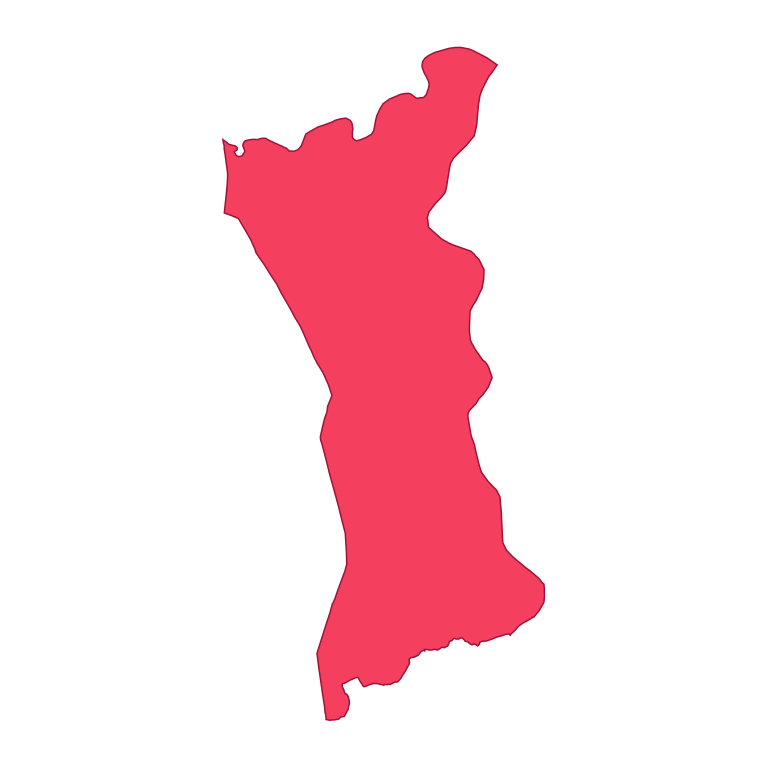 the district of Ziguinchor, Ziguinchor, Senegal, rotated 89°
{"feature_id": "50182788B19119296887329", "entity_name": "Ziguinchor", "entity_type": "district", "adm_level": 2, "iso_a3": "SEN", "parent_name": "Senegal", "parent_adm1": "Ziguinchor", "projection": "albers", "projection_center": [-16.18, 12.511], "detail": "fine", "context": "isolated", "style": "filled", "palette": "rose", "viewbox_px": 768, "rotation_deg": 89, "n_neighbors": 0, "source": "geoboundaries", "source_scale": "gbopen_adm2", "svg_char_len": 5748}
<svg xmlns="http://www.w3.org/2000/svg" viewBox="0 0 768 768"><g transform="rotate(89 384 384)"><path d="M66.9,265.3L64.4,268.8L59.8,275.2L56.7,280.8L52.8,288.1L50.5,293.2L48.8,301.6L48.8,306.8L49.5,313.0L53.4,327.5L56.1,333.2L58.9,337.3L62.0,339.6L65.6,340.4L68.2,340.3L73.3,338.5L77.9,336.1L82.0,334.3L85.4,333.6L89.3,334.4L92.0,335.5L95.3,336.6L98.3,339.5L98.4,342.8L98.9,345.0L98.7,346.9L94.6,352.0L93.8,354.5L94.0,358.6L94.8,362.6L96.7,367.2L99.2,373.6L103.7,380.0L108.5,383.0L109.5,383.6L115.9,386.6L120.5,387.8L125.1,388.7L130.7,389.9L134.0,392.1L137.0,397.2L139.4,403.4L140.4,407.5L139.0,409.5L137.5,411.0L135.6,411.3L133.6,411.2L131.7,411.2L128.4,410.7L123.7,411.2L121.5,412.1L119.5,413.6L117.5,417.5L118.2,423.1L119.4,427.8L121.5,432.1L123.5,438.0L125.9,445.6L127.9,449.2L129.8,452.9L131.3,455.4L132.7,457.8L134.9,458.7L135.4,458.9L144.4,462.5L148.3,466.0L149.6,469.7L149.6,470.9L149.4,474.8L148.4,475.7L146.6,477.5L146.4,478.1L146.0,478.7L145.5,479.9L145.1,480.7L144.8,481.3L144.3,482.2L143.7,483.5L143.2,484.8L142.8,485.5L142.5,485.9L141.7,487.8L141.2,489.1L140.7,490.1L139.8,491.5L139.1,493.4L138.3,494.6L137.5,496.3L136.5,497.6L136.2,498.2L136.3,502.7L136.8,504.2L137.4,506.0L137.1,510.1L137.4,514.0L138.4,518.5L140.4,520.3L143.0,521.0L145.0,520.4L148.2,519.2L149.9,519.5L152.2,521.2L153.5,522.0L154.1,525.0L153.6,526.3L153.1,527.6L152.4,528.0L149.4,529.7L148.3,528.5L147.7,527.1L146.8,526.6L145.2,526.7L144.3,527.3L143.4,528.4L142.7,531.2L142.6,531.5L142.1,533.3L141.4,535.4L140.6,536.1L139.5,537.2L136.9,540.8L140.6,540.3L142.9,539.6L146.0,539.7L151.5,538.9L160.4,537.9L165.4,537.2L171.6,536.7L174.3,536.8L180.8,537.2L191.8,538.4L205.2,540.1L210.2,540.7L212.2,535.4L216.0,526.6L220.8,524.0L228.1,519.8L237.9,514.5L247.4,510.5L250.0,509.9L256.2,506.0L262.9,501.4L272.2,495.9L282.2,489.5L291.1,485.3L301.1,479.7L308.5,475.7L316.3,471.7L324.6,466.8L331.6,463.7L344.7,458.4L349.9,455.9L355.8,453.6L361.2,450.9L361.7,450.7L362.0,450.6L365.0,448.7L372.0,444.6L384.1,439.5L394.4,436.3L396.7,437.1L405.2,440.7L411.1,441.6L417.8,444.1L426.2,446.3L435.9,448.6L439.1,448.3L441.7,447.4L449.7,445.4L460.8,442.7L473.5,439.9L481.7,437.7L495.0,434.3L506.0,431.5L516.7,429.1L532.8,425.3L540.9,425.0L552.0,424.5L563.8,424.4L566.2,425.2L570.4,426.3L575.8,428.5L588.9,433.6L597.1,436.6L602.2,438.8L602.5,439.3L606.4,440.5L611.4,441.9L622.2,445.7L652.1,455.7L654.2,455.5L666.0,454.2L691.4,451.0L705.3,449.1L711.7,448.6L714.0,448.0L717.4,447.8L718.5,447.8L718.7,447.0L718.7,446.2L718.9,445.5L719.1,445.0L719.2,443.7L719.1,442.6L718.9,441.1L719.0,439.4L718.8,438.4L718.6,437.1L718.2,435.1L717.2,434.1L716.3,433.4L715.9,430.9L715.6,429.4L713.4,428.2L709.9,426.4L708.6,425.5L707.7,425.4L706.5,425.2L704.7,424.6L702.9,424.3L700.3,424.2L698.3,424.6L697.4,425.0L696.1,425.0L695.2,425.7L693.6,426.6L692.6,428.5L690.8,429.1L689.3,429.5L685.6,431.1L683.8,431.0L683.5,431.0L683.0,430.7L682.7,429.7L682.4,428.4L681.5,426.7L680.9,425.5L680.1,424.2L679.1,422.2L678.4,420.2L677.7,418.7L677.3,417.6L676.9,415.9L677.4,414.7L679.3,413.9L680.8,413.2L682.4,412.1L683.2,411.6L683.7,411.3L684.2,411.0L685.0,410.7L685.4,410.3L686.2,409.6L686.2,408.3L685.6,406.6L684.9,405.3L684.5,404.0L683.9,402.1L683.4,399.9L683.3,398.5L683.4,397.5L683.4,395.5L684.1,393.6L684.7,390.6L685.2,389.6L684.4,388.3L684.7,386.4L684.2,384.3L684.5,383.3L684.2,382.4L683.3,380.5L682.5,378.9L682.1,377.3L682.2,376.2L682.0,375.5L678.8,372.4L675.6,370.6L671.8,367.8L670.8,367.3L669.7,366.7L667.7,365.6L664.5,363.8L662.5,363.3L660.2,363.9L658.9,363.1L658.0,361.6L657.8,360.6L657.7,359.0L657.3,357.5L656.7,356.5L655.6,354.4L654.2,353.3L654.0,353.1L652.3,351.6L651.1,349.5L651.6,347.9L650.1,348.1L650.2,345.9L650.8,343.1L650.8,340.5L650.2,338.6L650.2,337.1L650.3,336.6L650.6,336.4L650.7,336.0L650.9,335.0L650.6,334.3L650.2,334.0L649.3,332.3L648.2,330.6L648.7,328.3L648.0,327.0L647.4,325.4L647.2,325.1L647.1,324.8L642.5,323.0L641.8,320.6L640.1,319.3L639.7,318.4L639.7,317.4L640.3,316.2L640.3,315.6L640.3,314.0L639.5,312.3L639.1,310.5L640.6,308.8L642.6,307.3L643.3,304.6L644.8,303.3L646.2,300.9L646.3,300.7L646.3,300.4L645.7,299.4L645.7,298.8L645.6,298.4L646.0,297.0L647.5,295.0L646.7,293.9L645.6,292.9L645.1,293.2L644.2,292.9L642.9,290.6L642.9,288.7L642.7,285.7L642.2,284.4L641.8,283.3L641.2,281.3L640.2,278.7L639.4,276.7L638.8,275.0L638.4,273.0L637.9,271.1L637.5,269.8L636.8,267.8L636.4,266.3L636.1,264.4L636.4,263.1L637.4,262.2L636.1,261.4L634.5,259.4L633.3,258.1L632.1,256.9L629.4,254.5L627.8,252.8L626.5,250.8L624.9,248.3L623.5,245.4L621.6,242.1L620.4,240.0L620.1,239.8L619.8,238.9L619.5,238.0L619.4,238.0L616.7,235.7L614.2,233.5L610.9,231.3L608.6,230.0L605.3,228.0L599.9,227.3L594.4,227.3L591.7,227.2L586.9,227.6L585.5,229.3L581.5,232.1L573.8,240.7L570.6,245.0L560.2,257.0L558.9,258.4L552.4,264.4L545.0,267.9L540.4,268.2L519.1,268.9L515.5,268.9L499.0,270.0L491.8,273.5L489.3,276.1L483.0,281.8L474.0,288.1L466.0,290.5L463.6,291.0L451.5,293.7L446.4,294.6L442.3,296.0L437.7,297.7L420.3,300.4L418.2,300.7L415.1,300.5L412.0,299.1L405.3,292.4L400.2,289.2L396.8,285.6L389.0,279.8L379.5,275.8L370.0,278.8L366.9,280.2L363.9,282.3L361.6,285.0L357.0,288.2L350.6,292.4L346.3,294.6L344.5,295.7L341.3,296.9L333.9,297.6L332.1,297.8L312.5,296.7L307.2,293.8L301.8,290.2L296.8,287.8L289.9,284.3L281.0,282.5L271.5,282.0L261.2,286.8L258.5,289.4L257.5,290.6L256.0,291.3L252.7,294.8L252.2,296.3L251.7,297.6L248.6,306.0L246.9,310.5L246.8,310.9L246.3,312.2L244.1,316.9L240.1,323.8L228.3,336.6L218.2,337.8L212.6,335.9L207.5,331.9L205.1,330.1L202.7,327.7L197.8,322.9L193.9,319.7L189.0,318.2L179.7,316.6L169.4,314.7L164.7,313.7L159.1,310.4L146.8,297.5L137.4,289.4L126.5,286.8L113.5,285.5L106.0,284.6L96.8,282.9L90.7,280.5L84.3,277.1L78.5,274.0L74.8,270.9L66.9,265.3Z" fill="#f43f5e" stroke="#9f1239" stroke-width="1.5"/></g></svg>